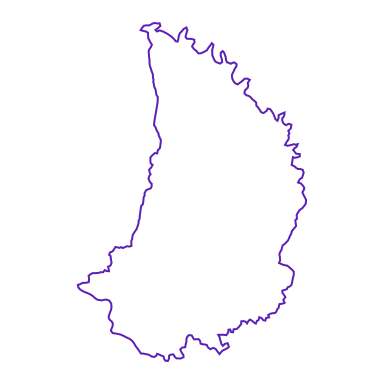 the district of Campo Belo do Sul, Santa Catarina, Brazil
{"feature_id": "56859067B89266600210620", "entity_name": "Campo Belo do Sul", "entity_type": "district", "adm_level": 2, "iso_a3": "BRA", "parent_name": "Brazil", "parent_adm1": "Santa Catarina", "projection": "natural_earth1", "projection_center": [-50.775, -27.822], "detail": "fine", "context": "isolated", "style": "outline", "palette": "violet", "viewbox_px": 384, "rotation_deg": 0, "n_neighbors": 0, "source": "geoboundaries", "source_scale": "gbopen_adm2", "svg_char_len": 5726}
<svg xmlns="http://www.w3.org/2000/svg" viewBox="0 0 384 384"><path d="M306.1,199.9L304.9,197.5L303.5,194.9L302.4,192.2L303.7,190.2L304.3,187.8L302.8,185.5L300.9,183.5L298.0,182.5L299.7,179.3L302.1,177.7L303.0,174.8L303.7,172.6L302.7,169.8L300.5,169.1L298.0,169.0L296.0,167.8L294.3,166.2L291.7,165.0L292.4,160.8L292.9,157.1L294.9,157.8L297.6,157.3L299.8,156.3L299.8,154.1L297.8,153.9L296.0,153.6L294.6,151.7L293.1,150.0L294.7,148.2L296.6,146.7L297.6,144.2L295.8,144.7L293.8,144.2L292.1,144.7L289.9,145.3L287.6,145.8L285.0,144.9L286.7,141.9L288.3,139.7L288.9,137.7L288.3,135.5L289.4,133.3L288.3,130.9L290.8,128.4L291.4,124.7L288.6,123.8L286.1,125.2L283.7,123.7L282.4,121.3L282.1,118.6L283.5,116.9L284.4,114.8L284.5,112.5L281.7,113.7L278.6,115.2L278.6,118.0L277.4,120.8L275.5,119.2L274.5,116.7L273.2,113.5L271.5,110.9L270.2,109.2L267.8,108.6L266.5,111.0L263.6,113.0L261.4,112.4L259.9,110.2L258.0,107.3L256.4,105.8L256.1,102.5L254.3,100.8L252.5,99.4L251.0,97.6L249.0,96.0L246.3,95.2L244.4,93.3L245.0,90.3L247.7,87.7L248.3,85.7L247.8,82.8L249.8,79.9L247.4,78.6L244.4,78.8L242.8,80.6L240.5,82.3L237.7,84.4L234.9,83.1L233.7,81.5L232.2,78.5L231.9,74.8L232.9,72.9L233.9,70.8L234.9,68.5L236.4,66.4L236.6,64.2L234.3,62.4L232.5,62.8L230.7,63.8L228.8,62.8L227.1,62.4L226.0,60.1L225.8,57.6L225.0,55.2L224.1,52.6L222.7,51.1L220.8,52.6L220.7,55.8L221.9,59.4L222.2,61.9L220.3,63.6L218.0,62.8L215.8,61.9L214.4,60.1L213.4,57.8L212.4,55.6L212.3,52.8L212.1,50.6L212.8,47.7L213.5,44.9L211.8,43.2L210.3,45.4L208.6,47.5L206.9,50.3L203.6,52.1L200.7,53.3L198.4,53.4L196.4,50.9L193.9,49.0L192.1,46.5L193.0,44.5L194.5,42.5L194.3,39.7L191.5,38.9L188.9,38.9L186.8,38.7L185.5,36.9L186.2,34.1L187.4,30.2L186.4,27.5L183.6,29.0L182.1,30.9L179.8,33.3L178.7,36.3L178.4,38.9L177.6,41.6L175.8,41.3L174.3,39.4L172.4,37.5L170.8,36.2L168.9,34.8L166.3,33.2L164.2,32.1L162.4,31.3L159.7,30.4L157.1,31.5L155.5,30.0L158.0,28.1L160.4,25.9L159.6,23.3L157.8,23.5L155.9,23.2L153.9,23.0L152.0,23.9L150.2,24.9L148.4,25.5L146.3,25.3L143.8,25.8L141.8,28.2L140.7,30.2L143.7,31.0L146.3,31.6L148.0,32.8L148.1,35.2L148.2,38.0L149.5,40.6L150.6,42.7L151.9,44.6L150.9,47.1L149.3,49.4L148.6,51.4L148.9,54.5L149.1,57.3L149.5,59.6L149.5,62.0L149.7,65.2L150.8,68.6L151.7,71.3L152.9,74.6L152.9,77.4L153.5,79.6L153.3,82.1L153.9,84.2L154.2,86.6L155.5,89.4L156.0,92.3L156.3,94.6L157.8,97.2L157.7,100.5L157.5,103.0L155.7,113.6L154.3,121.8L154.0,125.2L155.5,127.2L156.8,130.7L158.5,133.4L158.7,135.5L160.0,138.1L160.9,140.5L160.6,143.2L160.3,145.9L159.8,148.3L157.8,150.3L157.2,153.4L154.9,153.1L152.5,155.1L150.4,157.4L150.4,161.1L150.6,163.3L152.6,164.9L151.2,167.5L149.1,169.7L149.6,172.3L150.6,174.2L149.3,176.0L148.5,178.5L149.8,181.9L151.7,183.7L151.6,186.5L150.7,188.4L148.6,189.1L146.2,190.2L144.5,193.2L144.7,195.4L143.6,197.5L143.4,200.8L142.9,204.1L141.1,206.2L140.6,209.8L140.3,212.1L139.8,215.6L139.6,218.8L138.6,220.9L138.5,223.4L137.7,226.0L136.5,229.2L134.5,232.1L132.9,234.6L132.4,236.8L132.2,239.0L131.3,240.9L131.3,243.6L131.5,245.9L129.4,246.6L127.1,246.2L124.7,247.2L122.9,248.1L121.2,247.1L119.5,247.9L117.3,247.3L115.4,247.0L114.1,249.2L112.5,251.4L110.0,252.4L109.1,254.8L110.6,256.0L110.9,259.4L111.6,262.7L110.5,265.5L108.0,266.8L108.7,269.0L109.0,271.2L106.7,271.1L104.7,270.1L103.2,272.2L100.3,272.3L98.4,272.9L95.7,273.1L92.4,273.2L90.4,274.3L88.6,275.8L89.1,279.1L88.7,282.2L86.7,282.6L84.9,282.9L82.6,282.9L80.5,284.0L77.9,284.9L78.4,287.5L80.1,289.5L82.8,291.1L85.3,292.3L87.8,293.2L89.7,294.1L91.8,295.3L93.5,296.6L95.0,298.1L96.8,299.4L98.8,300.0L101.7,300.4L104.6,299.7L106.8,299.7L109.2,300.6L111.2,303.5L111.5,306.7L111.2,309.3L110.3,311.7L109.4,314.1L108.7,316.3L108.8,318.4L110.0,320.0L111.7,321.5L112.8,323.4L112.6,326.2L111.5,328.7L110.9,330.7L112.7,333.1L116.3,333.6L118.6,334.1L120.7,334.6L123.0,335.6L125.5,336.9L128.1,338.2L130.3,339.3L132.5,341.2L134.1,343.4L135.5,345.9L137.5,348.5L139.2,350.9L140.9,353.5L143.4,353.6L145.7,354.1L148.0,354.5L149.8,355.3L152.0,356.6L154.4,356.9L156.2,355.9L157.1,353.8L159.1,354.5L161.3,355.6L163.5,356.4L164.2,359.0L165.4,360.7L167.9,361.0L169.1,358.3L169.0,355.8L170.7,354.6L173.5,354.5L175.0,357.1L176.6,358.4L178.5,358.4L180.8,358.5L183.6,357.1L183.3,354.8L181.6,352.5L180.2,349.5L182.1,347.6L185.2,347.2L185.8,343.9L186.4,341.6L186.4,339.1L187.3,336.6L188.9,335.1L191.7,335.4L192.7,337.1L193.9,339.3L195.9,339.3L198.5,339.1L200.0,340.7L200.6,343.7L203.0,344.3L204.8,344.5L206.7,344.9L207.9,347.3L210.3,349.2L213.3,347.9L215.7,349.0L217.3,351.3L219.5,354.1L220.9,352.4L222.4,350.7L225.1,349.4L227.1,348.4L228.9,347.0L227.7,343.2L224.8,343.9L222.9,345.9L221.4,344.1L220.8,341.8L220.1,339.6L219.6,337.1L218.3,334.9L220.8,334.8L223.8,334.8L226.3,335.2L228.3,332.2L228.4,329.7L230.2,329.5L231.2,332.1L233.0,332.3L233.6,329.3L236.7,329.0L239.0,326.8L241.2,324.0L241.3,321.3L243.8,321.1L245.6,321.7L247.1,323.4L248.2,321.3L249.8,319.6L251.8,320.5L253.6,322.2L255.8,323.6L256.9,321.0L258.6,320.0L259.3,317.2L261.6,318.1L263.3,320.2L265.3,320.6L266.1,317.9L269.1,317.4L268.2,315.0L270.3,313.8L272.4,313.2L275.0,313.1L276.3,311.7L277.2,309.4L278.5,308.0L279.4,304.1L282.4,303.7L284.6,302.8L283.3,299.8L285.4,297.1L284.0,294.9L282.4,292.8L282.3,290.7L284.4,290.0L286.9,289.1L287.7,287.2L289.4,286.7L291.3,285.2L292.1,282.6L292.4,280.2L293.1,277.5L293.8,274.6L293.8,271.8L292.4,270.0L290.7,268.6L288.9,266.9L287.1,265.6L285.1,265.3L282.9,264.7L279.0,263.0L280.2,260.2L279.8,256.6L279.4,254.2L280.2,251.9L281.5,250.0L282.0,247.3L282.9,245.2L284.8,243.9L286.3,242.3L288.0,240.5L288.9,238.6L289.9,236.0L291.0,234.3L292.0,230.9L294.5,228.0L296.1,225.9L295.6,222.8L295.3,220.2L297.0,218.7L296.6,215.3L297.7,212.9L299.5,210.1L302.2,208.3L304.1,206.0L305.7,203.8L306.1,199.9Z" fill="none" stroke="#5b21b6" stroke-width="2"/></svg>